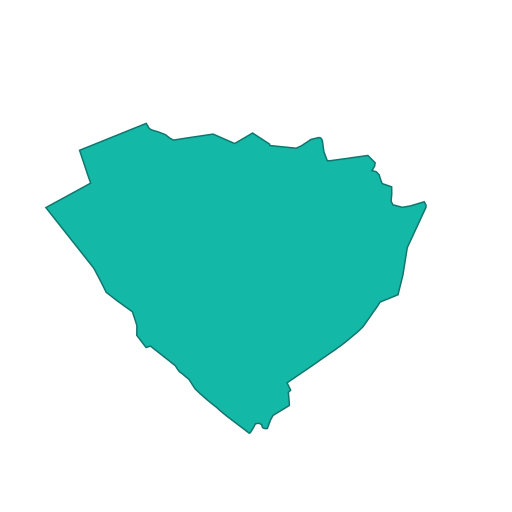 Sana'a City Outskirts - Hamdan, Sana'a, Yemen, rotated 68°
{"feature_id": "15242507B72853055261657", "entity_name": "Sana'a City Outskirts - Hamdan", "entity_type": "district", "adm_level": 2, "iso_a3": "YEM", "parent_name": "Yemen", "parent_adm1": "Sana'a", "projection": "natural_earth1", "projection_center": [44.145, 15.413], "detail": "fine", "context": "isolated", "style": "filled", "palette": "teal", "viewbox_px": 512, "rotation_deg": 68, "n_neighbors": 0, "source": "geoboundaries", "source_scale": "gbopen_adm2", "svg_char_len": 2197}
<svg xmlns="http://www.w3.org/2000/svg" viewBox="0 0 512 512"><g transform="rotate(68 256 256)"><path d="M242.7,104.3L236.1,111.9L231.4,111.8L228.1,111.5L226.9,111.4L222.8,113.0L220.3,116.5L217.2,112.4L214.2,110.6L204.7,114.6L195.5,151.3L194.4,154.2L184.8,154.0L173.6,151.2L170.9,151.7L169.7,153.3L168.5,161.3L170.9,172.9L170.9,174.0L171.0,176.7L171.1,178.4L158.8,201.7L157.3,201.5L140.7,213.1L142.4,224.3L143.6,233.1L143.7,233.7L126.9,250.1L121.3,273.3L117.6,289.1L114.5,291.7L109.5,294.6L104.5,299.9L101.7,303.4L100.0,305.5L97.8,307.2L91.9,308.1L91.9,332.8L91.9,338.5L91.9,339.0L91.9,352.4L91.9,361.7L91.9,380.0L117.7,381.6L119.8,381.7L126.5,382.0L132.4,432.7L206.5,411.0L210.0,410.6L223.1,409.3L233.5,408.5L245.6,401.5L254.8,395.7L261.4,391.5L270.9,392.1L275.9,392.5L283.8,395.8L284.9,396.3L299.7,392.2L300.0,387.6L316.8,378.0L321.3,375.4L324.5,373.7L327.4,371.9L330.3,371.4L331.5,371.2L334.9,370.2L335.3,370.0L335.7,369.7L336.1,369.4L336.9,368.9L340.4,367.0L342.5,365.9L345.2,364.4L354.6,362.6L356.1,362.2L356.5,362.2L361.0,360.1L362.0,359.7L362.7,359.4L365.0,358.2L365.9,357.8L370.2,355.6L371.7,354.8L373.6,353.8L376.7,352.1L377.9,351.4L380.7,349.8L381.4,349.3L384.3,348.0L385.6,347.4L389.0,345.6L394.0,342.8L417.7,328.7L417.8,327.7L417.0,326.4L414.6,323.2L411.3,319.3L411.6,318.6L411.6,317.7L411.9,317.1L412.0,316.7L412.2,315.9L412.6,315.4L413.8,314.6L414.4,314.0L415.0,314.0L416.8,314.2L417.6,314.2L418.3,313.6L419.6,311.9L419.8,311.4L420.0,310.7L420.1,310.0L417.0,307.2L415.5,305.8L413.5,304.0L410.2,299.9L409.4,295.4L409.4,295.0L409.3,294.5L407.1,281.1L404.1,280.0L396.9,277.8L395.2,277.3L394.6,277.2L393.4,274.1L385.3,274.7L384.6,271.9L383.2,265.3L383.0,264.5L379.8,249.8L379.5,248.5L378.7,244.7L378.5,243.9L376.8,236.5L376.3,234.7L375.5,230.9L373.8,223.4L372.3,216.7L371.7,214.5L371.1,211.7L369.3,205.3L365.8,194.4L365.1,192.1L364.4,190.1L363.8,188.4L361.5,182.9L359.6,180.0L354.0,171.4L351.4,167.4L351.1,166.9L348.5,162.8L345.2,158.2L345.2,157.6L345.1,138.7L344.1,138.1L328.5,126.8L304.9,112.6L274.7,80.3L272.5,79.3L268.7,79.7L268.5,82.3L267.4,94.2L265.6,102.2L260.4,109.1L259.9,109.9L255.8,110.2L249.4,106.9L242.7,104.3Z" fill="#14b8a6" stroke="#0f766e" stroke-width="1.5"/></g></svg>